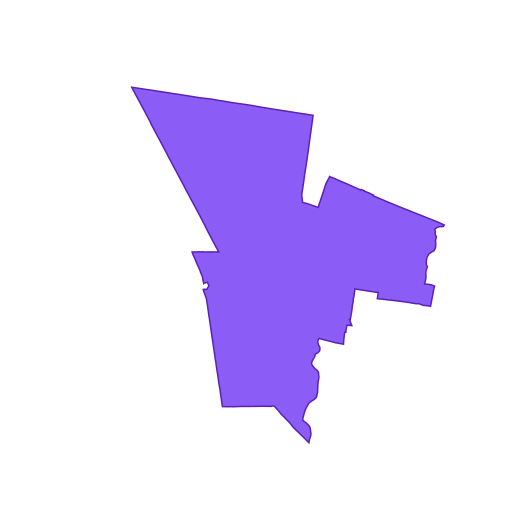 Floresti, Prahova, Romania, rotated 203°
{"feature_id": "2599482B41592580357929", "entity_name": "Floresti", "entity_type": "district", "adm_level": 2, "iso_a3": "ROU", "parent_name": "Romania", "parent_adm1": "Prahova", "projection": "orthographic", "projection_center": [25.793, 45.022], "detail": "fine", "context": "isolated", "style": "filled", "palette": "violet", "viewbox_px": 512, "rotation_deg": 203, "n_neighbors": 0, "source": "geoboundaries", "source_scale": "gbopen_adm2", "svg_char_len": 6060}
<svg xmlns="http://www.w3.org/2000/svg" viewBox="0 0 512 512"><g transform="rotate(203 256 256)"><path d="M219.2,358.0L219.9,349.7L218.9,338.9L218.0,327.0L217.8,325.0L225.4,324.5L228.4,324.3L230.7,324.1L231.2,323.9L232.5,323.8L234.2,323.6L235.1,325.5L236.6,328.0L237.7,329.9L238.0,330.8L238.8,334.0L240.6,341.1L242.8,349.1L245.0,357.9L245.1,358.3L245.1,358.5L247.2,366.3L248.9,372.9L251.2,381.1L253.5,389.7L254.7,394.2L257.3,403.8L257.9,405.6L258.2,407.2L258.4,407.8L301.2,397.0L312.5,394.3L319.7,392.7L327.0,390.8L337.3,388.0L344.2,386.4L350.5,384.8L358.8,382.9L369.5,379.7L393.0,373.9L393.9,373.6L399.2,372.3L436.3,362.8L430.6,358.1L424.4,353.2L414.4,345.1L406.1,338.4L403.8,336.2L393.8,328.1L390.1,325.2L387.6,323.1L382.8,319.2L379.8,316.8L374.2,312.1L372.4,310.7L370.6,309.3L367.6,306.8L366.0,305.5L363.9,303.8L361.3,301.7L355.6,297.1L353.3,295.3L350.4,293.0L347.4,290.4L345.4,288.7L342.1,286.2L338.3,283.0L332.2,278.2L330.6,276.9L330.4,276.7L330.2,276.6L329.8,276.2L327.8,274.6L325.8,273.0L322.3,270.2L317.5,266.2L317.0,265.8L316.4,265.3L311.2,260.8L310.0,259.8L309.2,259.1L308.4,258.6L307.2,257.5L305.5,256.2L304.6,255.4L303.0,254.1L301.9,253.1L301.1,252.6L300.2,251.8L298.2,250.2L296.8,249.0L294.4,247.2L292.2,245.5L291.9,245.2L293.3,244.7L293.5,244.4L294.2,244.2L294.6,244.1L294.9,243.9L295.6,243.6L296.3,243.3L297.9,242.7L298.6,242.3L299.5,241.9L300.4,241.6L301.3,241.2L301.6,241.1L302.9,240.5L304.6,239.6L305.0,239.6L305.6,239.4L306.0,239.3L307.8,238.5L308.8,238.1L309.3,237.9L310.7,237.4L311.2,237.1L311.7,236.8L313.7,235.9L314.0,235.8L315.4,235.2L315.8,235.0L316.4,234.7L316.0,234.3L315.9,234.1L315.0,233.2L314.6,232.8L314.2,232.3L312.7,231.0L312.3,230.6L311.6,230.0L311.0,229.5L310.3,228.7L309.2,227.6L309.0,227.4L308.7,227.1L308.1,226.5L307.7,226.1L307.2,225.6L306.4,224.9L305.9,224.4L305.3,224.0L305.1,223.8L304.3,223.1L303.2,221.9L302.8,221.6L301.8,220.7L301.0,219.7L300.6,219.2L299.4,218.1L298.1,216.9L297.5,216.2L297.1,215.8L295.2,212.9L293.9,211.0L293.4,210.3L293.3,210.6L292.9,210.9L291.8,211.8L290.6,212.9L288.9,211.3L287.7,210.2L288.3,206.0L291.3,204.9L291.5,204.6L291.4,204.3L289.8,202.5L287.1,199.7L285.1,197.4L284.6,196.8L283.4,194.8L281.7,192.1L278.1,186.1L276.4,183.2L273.1,178.0L271.7,175.7L270.6,173.8L268.9,171.1L268.2,169.8L267.6,168.8L266.8,167.5L265.2,164.9L262.9,161.2L259.6,155.7L259.3,155.2L258.9,154.6L252.2,143.6L250.9,141.6L249.9,139.8L247.7,136.2L246.1,133.6L245.0,131.9L242.6,127.9L239.9,123.5L238.1,120.7L237.0,119.0L234.8,115.3L231.0,109.1L228.2,104.4L228.0,104.2L226.0,105.1L224.9,105.5L223.4,106.1L221.2,107.1L219.0,108.0L217.3,108.7L215.8,109.4L214.1,110.2L212.2,111.1L210.9,111.7L208.8,112.6L206.4,113.6L205.4,114.1L204.3,114.5L203.3,114.9L202.5,115.3L201.2,115.9L200.2,116.3L199.2,116.7L198.4,117.1L196.3,118.0L194.8,118.7L193.2,119.4L190.6,120.6L189.5,121.0L188.6,121.3L186.7,122.1L185.6,122.6L184.8,122.9L183.7,123.3L182.9,123.7L182.6,124.3L182.1,124.6L181.2,124.7L179.6,124.7L178.8,124.2L177.3,123.4L175.6,122.7L174.0,121.8L172.2,120.9L171.0,120.2L169.7,119.7L168.1,119.1L167.0,118.7L166.4,118.4L166.1,118.3L165.5,118.0L165.0,117.7L163.9,117.3L162.4,116.7L161.5,116.4L158.3,114.8L157.9,114.6L157.2,114.2L156.6,113.8L155.7,113.3L153.3,112.3L149.3,110.7L147.3,110.0L140.9,107.4L138.6,106.6L136.0,105.4L134.3,104.8L134.5,105.6L134.7,106.5L135.1,107.7L135.1,108.6L135.2,109.9L135.3,111.2L135.4,112.0L135.7,113.0L136.2,114.4L137.0,115.6L138.5,118.2L139.6,119.6L140.4,120.2L142.5,121.2L145.0,122.1L147.2,122.6L148.1,122.9L148.5,123.2L149.0,123.8L149.3,124.6L149.6,125.5L149.7,127.0L149.9,128.2L150.1,129.2L150.3,131.2L150.4,132.6L150.5,135.1L150.4,136.5L150.1,138.7L149.7,141.4L149.3,142.3L148.7,143.3L147.0,145.8L146.1,147.3L145.7,148.3L145.5,148.7L145.3,149.6L145.3,150.5L145.5,151.6L145.8,152.6L145.9,153.6L146.1,154.6L146.6,156.1L147.2,157.4L147.8,159.2L148.4,160.6L148.9,162.1L149.1,162.9L149.4,163.7L149.7,164.7L150.0,166.1L150.1,166.7L150.5,168.1L150.7,169.0L151.1,169.8L152.0,171.1L152.7,172.9L153.8,173.9L155.1,174.6L156.3,175.0L157.8,175.4L159.9,176.4L161.2,177.1L162.2,177.9L162.9,179.1L163.2,180.1L163.1,182.5L163.0,183.9L162.7,186.1L162.9,187.6L162.9,188.9L162.5,189.8L161.7,190.5L161.2,191.2L160.7,192.5L160.5,193.2L160.4,193.8L160.6,194.4L160.8,195.4L161.3,196.4L162.0,197.3L163.4,198.3L165.5,200.8L165.8,201.9L165.9,203.5L165.9,204.7L158.4,205.8L154.8,206.4L152.2,206.8L149.6,207.1L149.1,207.2L141.0,209.0L141.9,211.5L142.4,212.9L143.1,215.4L143.9,218.3L144.3,219.5L144.5,220.7L143.5,221.0L143.9,221.8L144.8,225.9L145.2,227.3L145.3,227.9L142.5,228.7L140.6,229.4L145.1,234.0L144.4,234.3L146.0,241.4L146.5,243.4L147.9,248.1L148.1,249.1L148.3,249.6L148.7,252.1L149.0,252.8L149.2,253.1L149.9,255.5L149.8,256.0L150.5,258.7L150.9,260.1L151.1,260.5L151.2,261.3L151.8,263.4L152.1,264.3L129.1,270.1L127.7,264.1L126.5,264.4L124.5,265.1L123.3,265.5L121.0,266.2L119.7,266.6L118.5,266.9L117.9,267.0L117.3,267.2L116.2,267.6L115.5,267.8L112.7,268.6L112.0,268.8L111.4,269.0L110.8,269.2L110.2,269.3L109.6,269.5L108.6,269.8L107.9,270.0L107.4,270.1L106.4,270.4L105.5,270.7L104.1,271.1L103.3,271.3L102.2,271.6L101.1,271.9L100.0,272.2L98.9,272.5L98.0,272.7L96.7,273.1L95.8,273.2L94.6,273.5L93.8,273.7L92.8,274.0L91.9,274.2L91.1,274.3L90.4,274.5L89.1,275.0L88.8,275.1L87.7,275.7L83.1,275.9L82.4,276.0L81.9,276.2L79.1,277.1L75.7,277.9L76.1,279.8L76.9,283.5L78.2,289.9L78.9,292.8L79.5,295.4L79.8,298.1L80.7,298.1L82.1,298.0L83.9,297.9L85.7,297.4L87.1,297.0L88.3,296.6L88.8,296.4L89.8,296.0L90.9,302.0L93.6,308.1L94.1,313.2L95.8,314.6L97.4,318.2L98.1,321.7L97.6,325.5L96.0,328.1L94.3,330.3L93.9,333.3L94.9,336.6L96.8,340.4L97.5,344.2L99.6,345.9L100.3,348.3L101.9,350.4L100.6,353.0L99.3,354.0L98.1,355.0L96.3,355.6L95.1,356.5L94.8,358.1L100.3,358.3L131.0,357.6L145.4,357.3L156.9,357.2L166.3,357.2L171.6,357.2L171.7,358.0L172.3,357.9L176.1,358.2L179.1,358.1L181.9,358.0L181.9,358.4L185.2,358.3L185.3,357.6L186.4,357.7L188.0,357.7L190.6,357.7L192.8,357.7L194.7,357.8L197.9,357.9L202.2,357.9L205.3,357.9L207.9,357.9L214.4,358.0L216.3,357.9L218.8,357.9L219.2,358.0Z" fill="#8b5cf6" stroke="#5b21b6" stroke-width="1.5"/></g></svg>